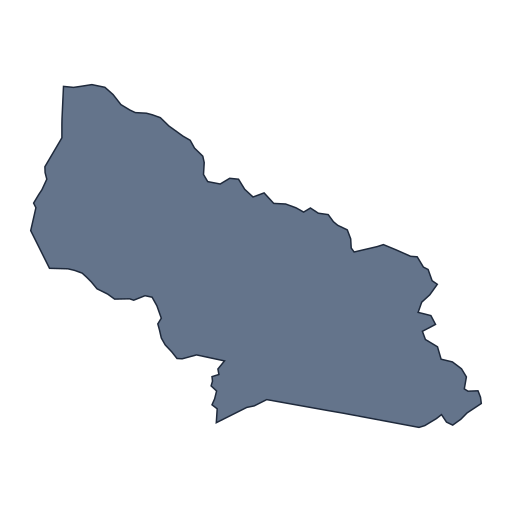 outline of Itapetim, Pernambuco, Brazil
{"feature_id": "56859067B43341835432659", "entity_name": "Itapetim", "entity_type": "district", "adm_level": 2, "iso_a3": "BRA", "parent_name": "Brazil", "parent_adm1": "Pernambuco", "projection": "orthographic", "projection_center": [-37.138, -7.385], "detail": "fine", "context": "isolated", "style": "filled", "palette": "slate", "viewbox_px": 512, "rotation_deg": 0, "n_neighbors": 0, "source": "geoboundaries", "source_scale": "gbopen_adm2", "svg_char_len": 1615}
<svg xmlns="http://www.w3.org/2000/svg" viewBox="0 0 512 512"><path d="M182.9,136.1L168.9,126.0L160.4,117.7L152.4,114.8L146.4,113.2L135.3,112.6L129.8,110.0L120.9,104.6L113.1,94.6L104.9,87.3L91.9,84.6L80.4,86.4L73.5,87.4L63.5,86.4L62.0,118.9L61.9,124.7L61.9,137.8L44.9,166.7L45.1,172.6L46.8,179.2L41.9,189.8L38.9,194.3L33.6,203.1L35.9,207.7L34.2,215.3L30.7,230.6L49.5,268.3L67.9,268.8L74.3,270.3L82.1,273.1L86.3,276.9L91.3,281.9L97.0,288.8L107.7,294.1L114.6,299.1L129.6,298.8L133.7,300.2L145.0,295.7L152.1,297.2L156.9,305.8L161.3,318.2L157.8,323.9L159.5,330.1L161.3,338.0L165.2,344.9L171.7,351.8L177.0,358.5L182.2,358.8L196.5,354.9L224.5,360.9L217.9,369.0L218.9,374.5L212.0,376.6L212.5,381.2L211.1,385.9L216.6,391.0L214.6,398.9L212.0,404.8L217.2,408.8L216.3,422.7L246.8,407.4L254.2,405.9L266.7,399.6L328.2,410.6L343.3,413.2L419.0,427.4L424.8,425.6L436.4,418.6L441.5,414.6L446.5,422.1L452.7,425.1L460.9,419.2L467.1,412.9L481.3,403.5L480.5,397.2L478.0,390.8L468.0,391.2L464.3,388.9L466.4,376.9L461.5,368.8L452.4,361.9L441.1,359.2L437.5,346.8L425.4,339.5L422.4,331.3L435.5,324.4L430.9,315.6L424.3,313.9L418.1,312.4L421.7,302.2L429.8,294.8L437.3,284.3L432.1,280.7L428.1,269.5L423.4,267.1L417.2,256.8L410.6,256.3L396.2,249.9L383.4,244.6L377.2,246.6L354.1,252.0L351.2,248.0L350.7,238.9L347.3,229.9L337.7,225.3L333.4,221.7L328.2,214.6L318.3,213.2L310.4,208.0L303.6,212.1L296.2,207.9L285.6,204.0L273.7,203.4L264.1,192.9L253.0,197.0L244.7,189.3L238.5,179.2L229.7,178.3L220.2,184.0L207.7,181.6L203.5,174.5L204.2,162.6L202.8,156.2L194.5,148.1L190.2,140.3L182.9,136.1Z" fill="#64748b" stroke="#1e293b" stroke-width="1.5"/></svg>